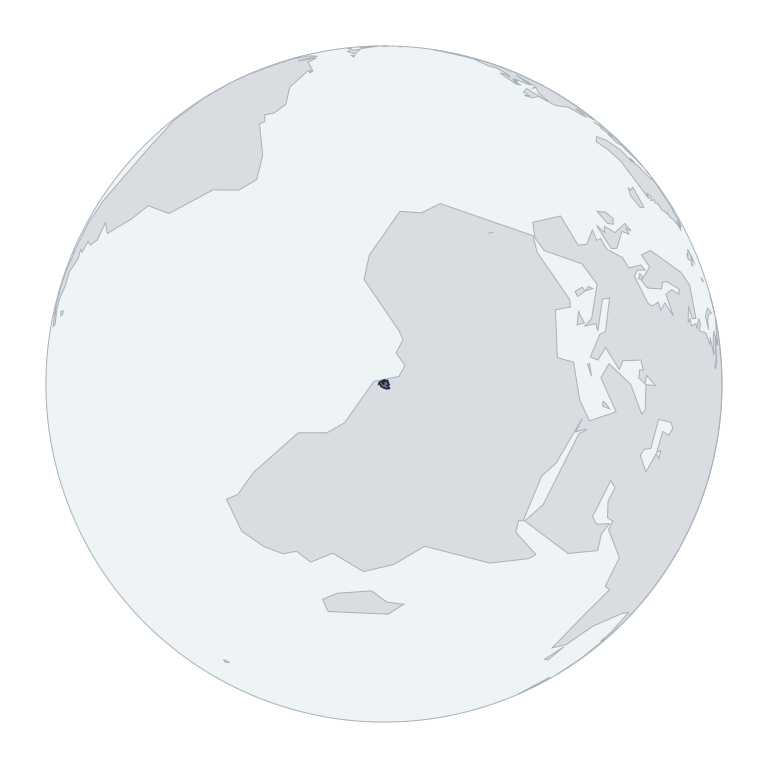 Estuaire on an orthographic globe, rotated 66°
{"feature_id": "GAB-2168", "entity_name": "Estuaire", "entity_type": "Province", "adm_level": 1, "iso_a3": "GAB", "parent_name": "Gabon", "parent_adm1": "", "projection": "orthographic", "projection_center": [9.925, 0.242], "detail": "fine", "context": "on_globe", "style": "filled", "palette": "slate", "viewbox_px": 768, "rotation_deg": 66, "n_neighbors": 0, "source": "natural_earth", "source_scale": "10m", "svg_char_len": 9092}
<svg xmlns="http://www.w3.org/2000/svg" viewBox="0 0 768 768"><g transform="rotate(66 384 384)"><circle cx="384" cy="384" r="338" fill="#eef3f6" stroke="#a8b0b8"/><path d="M174.4,118.9L172.3,120.6L178.6,115.7L188.6,108.3L198.0,102.2L209.0,95.0L214.5,91.8L227.1,84.8L228.6,84.5L223.2,88.4L212.8,94.6L210.2,96.9L222.8,90.6L206.1,103.0L199.8,113.5L195.1,117.5L181.0,124.5L174.0,124.5L155.6,137.7L170.9,128.3L158.9,140.2L158.3,142.3L161.0,141.7L166.9,137.2L163.5,141.6L147.1,151.5L149.9,147.5L155.1,144.1L151.7,144.7L140.6,153.3L135.4,159.7L124.1,169.2L120.2,174.2L115.6,179.7L122.5,170.7L109.9,187.6L98.4,203.4L114.6,180.0L132.8,158.0L152.8,137.6L174.4,118.9ZM50.7,328.3L50.8,327.6L50.4,333.3L53.7,319.2L57.5,311.4L53.9,330.9L58.8,313.1L58.9,322.4L68.6,321.6L66.9,326.0L74.5,349.4L88.6,359.9L91.8,374.5L89.5,383.4L95.7,386.1L95.9,392.0L125.8,401.9L145.5,417.2L147.8,437.8L137.1,461.3L140.8,511.1L125.2,526.9L130.4,546.8L134.0,575.4L123.3,573.0L135.8,587.4L137.6,595.8L133.3,596.2L140.7,606.1L137.8,606.3L145.5,612.9L153.2,625.5L165.3,635.9L174.0,645.8L182.0,651.7L180.9,651.5L182.8,653.7L187.1,656.9L178.0,651.3L161.5,637.8L154.5,631.0L152.7,629.8L136.4,611.9L139.0,615.5L116.4,588.2L102.0,565.3L70.7,498.5L65.1,485.0L57.9,469.6L49.5,431.9L46.7,403.7L46.4,399.7L46.3,397.3L46.1,383.7L47.3,361.4L49.8,335.2L50.2,331.5L49.6,335.7L50.7,328.3ZM72.8,252.4L68.7,267.0L66.4,269.3L67.7,266.2L69.9,259.6L70.9,256.9L72.8,252.4ZM82.0,232.9L82.4,231.7L82.7,231.5L82.0,232.9ZM225.4,85.6L226.2,85.2L223.5,86.7L225.4,85.6ZM235.4,80.5L234.4,81.0L234.2,81.1L235.4,80.5ZM284.4,61.2L284.1,61.2L289.1,59.7L284.4,61.2ZM300.3,56.6L296.1,57.7L300.3,56.6ZM197.3,663.0L180.8,653.4L188.2,657.8L183.0,652.7L195.4,660.0L197.3,663.0ZM186.5,650.0L186.6,647.3L189.6,649.0L190.2,651.3L186.5,650.0ZM713.4,308.8L717.5,329.8L718.2,334.0L719.7,345.4L718.7,338.2L715.1,317.0L706.9,285.7L707.1,290.8L703.5,278.5L692.2,253.4L690.4,260.5L690.2,291.9L696.2,323.7L693.4,337.7L675.0,291.5L663.7,261.6L658.9,264.2L638.3,239.6L608.3,238.1L602.4,230.7L597.1,234.2L582.3,227.0L572.6,215.2L564.4,216.1L590.0,247.4L598.6,246.8L603.3,234.7L609.1,246.1L623.1,256.6L613.6,284.9L566.3,311.2L558.9,287.6L508.6,226.2L508.6,219.5L508.3,218.7L507.5,217.4L505.7,228.3L496.1,216.9L526.0,258.6L532.2,277.3L565.7,312.7L563.2,316.4L573.1,323.9L601.6,314.6L602.4,322.7L590.6,360.3L548.7,412.8L552.8,448.3L547.1,478.9L517.7,499.6L516.9,523.3L501.2,531.9L498.0,545.4L483.5,559.9L460.6,573.8L425.1,574.8L425.5,562.6L411.7,539.2L393.7,482.3L405.4,455.9L403.3,435.7L377.4,392.0L383.2,367.3L375.6,357.3L360.3,360.3L351.2,348.5L341.7,348.6L280.4,359.7L260.3,345.0L232.8,299.3L242.8,280.2L242.1,259.2L309.1,187.6L326.1,190.5L382.1,180.1L389.5,182.2L386.0,197.3L430.5,214.9L441.2,201.9L478.4,211.8L501.2,211.2L503.8,183.3L466.5,183.3L457.0,170.3L484.5,158.8L516.6,160.8L514.0,156.0L491.1,144.9L495.9,136.7L482.9,140.7L490.1,145.5L482.1,148.7L475.0,144.6L477.0,141.5L466.6,139.5L459.9,156.4L466.5,163.1L440.7,166.7L449.2,178.7L443.2,184.5L426.5,166.7L426.1,160.2L397.2,143.0L395.3,149.9L422.4,167.1L415.1,165.9L412.7,177.1L408.7,167.7L379.6,148.7L354.7,154.3L327.3,183.3L311.8,186.7L296.8,182.3L302.3,154.4L336.3,150.2L338.7,141.8L328.1,131.1L339.3,131.3L339.2,126.9L351.7,125.6L365.5,114.7L377.7,113.1L379.6,101.0L386.1,99.0L383.1,106.4L387.5,111.4L417.2,110.0L421.9,107.3L420.8,100.0L429.1,101.3L424.2,94.5L439.5,91.9L416.7,89.9L414.7,83.0L421.9,78.0L417.2,75.8L405.3,84.2L404.3,88.2L410.0,91.8L403.5,104.3L394.1,106.8L385.3,93.7L370.9,96.3L370.3,86.4L402.8,67.3L418.1,64.6L451.0,72.4L449.5,75.8L436.9,74.3L451.8,81.2L449.0,77.9L456.0,79.5L455.8,74.6L460.7,75.6L452.2,69.9L458.2,70.6L463.5,74.2L468.3,69.2L479.8,70.4L478.6,69.0L474.0,67.1L491.6,70.8L489.9,69.6L483.5,67.8L475.9,64.7L469.4,61.0L475.8,62.4L479.1,63.9L495.5,70.0L503.1,74.8L505.1,75.2L500.0,71.4L479.9,63.8L474.2,61.3L484.1,64.4L480.0,63.0L479.2,62.3L484.4,63.2L473.7,59.9L457.9,54.2L480.9,60.3L503.4,67.9L525.3,77.0L546.6,87.7L567.0,99.9L586.5,113.5L605.0,128.4L622.5,144.6L638.7,161.9L653.7,180.4L667.3,199.9L679.6,220.2L690.4,241.4L699.6,263.3L707.3,285.8L713.4,308.8ZM289.6,222.2L288.6,228.3L289.6,222.2ZM553.5,178.8L571.0,180.5L558.2,163.6L563.9,163.3L557.5,158.1L557.2,162.5L540.8,148.8L546.6,144.7L542.0,138.2L535.9,137.4L528.0,147.5L551.4,166.5L549.5,173.1L553.5,178.8ZM69.0,321.4L69.7,325.1L67.8,325.2L69.0,321.4ZM63.6,277.1L63.9,277.4L63.1,280.3L62.5,281.3L63.6,277.1ZM71.8,277.0L73.2,278.6L70.6,280.2L71.8,277.0ZM68.6,269.1L70.5,276.4L65.6,282.0L64.8,277.8L66.8,276.0L68.6,269.1ZM76.8,243.5L76.4,244.8L74.9,248.2L76.8,243.5ZM82.3,232.8L82.0,233.1L83.3,230.4L82.3,232.8ZM159.9,139.6L161.1,139.0L162.6,139.4L159.6,141.3L159.9,139.6ZM183.3,131.3L177.3,138.7L179.5,134.3L174.1,137.7L172.0,133.6L192.7,119.4L183.7,126.2L183.3,131.3ZM174.9,125.6L173.9,128.9L174.2,125.9L174.9,125.6ZM325.9,107.5L331.3,109.5L328.3,114.4L312.9,119.2L317.1,111.8L325.9,107.5ZM339.7,111.5L335.3,98.7L344.6,96.2L340.1,99.6L346.8,99.2L341.3,104.7L354.7,115.9L352.9,121.2L325.4,125.4L335.4,120.7L329.5,118.6L339.7,111.5ZM307.3,79.8L305.5,76.7L328.2,74.7L327.2,78.0L311.9,82.2L303.9,80.9L307.3,79.8ZM254.8,72.0L252.7,72.7L255.3,71.6L259.3,70.1L254.8,72.0ZM280.4,62.3L279.9,62.5L283.9,61.3L267.1,68.3L263.7,69.2L257.9,73.4L246.8,77.9L251.0,74.8L238.1,82.0L237.4,81.1L229.7,86.0L240.1,78.6L239.0,78.8L244.4,76.7L254.6,72.4L258.7,70.6L269.4,66.1L269.8,66.0L280.4,62.3ZM362.1,49.0L353.4,49.4L364.7,50.2L355.2,51.2L357.1,51.3L351.4,52.8L347.8,55.0L343.0,55.5L343.7,56.3L339.9,57.7L339.2,59.0L330.4,60.7L328.9,62.7L325.6,62.4L325.2,65.5L321.6,64.0L316.3,66.4L322.7,66.6L276.9,77.0L260.6,84.2L248.9,91.5L244.2,89.2L252.0,81.6L266.4,72.8L282.8,66.8L277.6,67.5L284.0,65.0L285.4,65.6L287.0,63.4L292.6,61.8L305.4,57.0L304.3,56.1L308.9,54.8L312.1,54.3L314.5,53.4L323.8,51.9L327.3,51.1L339.9,49.4L344.1,49.8L347.8,49.0L357.5,48.3L362.1,49.0ZM341.3,48.8L344.5,48.5L342.8,48.9L321.5,51.9L317.0,52.9L303.3,55.9L341.3,48.8ZM396.3,176.5L401.7,176.9L409.9,176.0L408.5,183.6L396.3,176.5ZM376.1,163.6L380.8,162.4L382.8,171.6L377.2,171.7L376.1,163.6ZM381.7,154.5L380.9,161.7L378.0,157.8L381.7,154.5ZM387.2,105.4L392.0,104.3L393.2,106.0L391.4,108.7L387.2,105.4ZM393.7,55.3L388.9,54.6L389.9,54.1L384.6,51.8L391.2,51.4L397.0,52.6L393.7,55.3ZM498.5,188.0L493.0,193.3L489.0,190.8L491.7,189.4L498.5,188.0ZM449.3,187.9L461.4,191.3L448.8,190.0L449.3,187.9ZM400.0,54.5L397.0,53.4L402.2,53.9L400.0,54.5ZM395.8,51.1L401.5,51.4L391.4,51.1L395.8,51.1ZM575.5,638.1L573.9,642.2L570.7,642.5L575.5,638.1ZM596.0,473.8L569.1,527.5L555.8,527.8L556.1,512.0L567.9,479.5L584.3,470.2L593.2,455.6L596.0,473.8ZM721.9,388.7L719.3,351.8L720.2,353.2L721.4,364.7L721.9,388.7ZM697.3,326.8L702.8,346.3L700.7,349.3L697.3,326.8ZM452.4,56.0L452.5,58.9L457.0,62.3L466.4,65.4L453.2,62.9L446.3,57.7L452.4,56.0ZM454.0,53.4L454.7,53.6L449.1,52.4L454.0,53.4ZM449.8,52.6L440.0,50.9L435.3,50.0L444.0,51.4L449.8,52.6ZM420.3,50.7L419.8,51.4L415.6,50.8L420.3,50.7Z" fill="#d9dde1" stroke="#a8b0b8" stroke-width="1"/><path d="M384.6,379.5L385.3,379.5L386.9,379.5L386.9,380.4L386.8,380.6L386.7,380.8L386.6,381.0L386.7,381.3L386.8,381.6L387.0,381.6L390.0,380.6L390.2,380.8L390.2,381.0L390.2,381.4L390.1,381.6L390.1,381.8L389.9,381.9L389.8,382.2L389.8,382.3L389.7,382.4L389.7,382.5L389.5,383.1L389.5,383.3L389.4,383.3L389.3,383.5L389.4,383.8L389.3,384.0L389.2,384.0L388.9,384.1L388.7,384.1L388.4,384.2L388.4,384.3L388.2,384.5L388.2,384.9L388.2,385.0L387.9,385.2L387.8,385.3L387.7,385.3L387.7,385.5L387.6,385.8L386.8,386.4L386.7,386.5L386.2,386.8L385.9,387.1L385.1,387.6L384.6,387.9L384.4,387.9L384.4,387.7L384.3,387.4L384.2,387.3L383.9,387.2L383.8,387.3L383.7,387.3L383.5,387.5L383.3,387.6L383.2,387.6L382.9,387.5L382.7,387.6L382.2,387.7L382.0,387.8L381.9,387.9L381.9,388.7L381.9,388.8L381.6,388.5L381.4,388.4L381.2,388.3L381.0,388.2L380.9,388.1L380.6,387.7L380.4,387.1L380.3,386.6L380.5,386.2L380.6,385.9L380.5,385.6L380.6,385.4L380.6,385.2L380.4,383.9L380.3,383.7L380.6,383.3L380.8,383.5L380.7,384.0L380.6,384.3L380.8,384.3L380.8,384.2L381.0,384.2L381.1,384.3L381.3,384.4L381.3,384.6L381.3,384.8L381.5,384.8L381.4,384.5L381.5,384.4L381.8,384.4L381.9,384.5L382.0,384.7L382.0,384.8L382.0,384.7L382.3,384.5L382.5,384.7L383.0,384.8L383.1,385.1L383.3,385.3L383.1,384.9L383.0,384.7L383.3,384.6L383.6,384.5L383.8,384.3L384.0,384.3L384.3,384.4L384.6,384.3L384.3,384.3L384.2,384.2L383.9,384.3L383.7,384.3L383.3,384.3L383.2,384.4L382.9,384.3L382.9,384.2L382.7,384.1L382.2,383.9L381.9,383.7L381.7,383.6L381.4,383.6L381.4,383.4L381.0,382.7L380.9,382.5L380.7,382.4L380.4,382.3L380.3,382.2L380.4,381.8L380.4,381.7L380.5,381.7L380.9,381.6L381.0,381.6L381.3,381.5L381.5,381.4L381.8,381.5L381.8,381.8L381.7,381.8L381.4,381.8L381.6,381.9L381.8,382.1L381.9,381.9L382.0,382.0L382.0,382.3L381.9,382.4L382.0,382.6L382.1,382.4L382.2,382.2L382.3,382.0L382.3,381.9L382.2,381.8L382.2,381.7L382.2,381.4L382.2,380.7L382.0,380.1L381.9,379.9L381.9,379.7L382.0,379.5L382.0,379.4L382.3,379.4L382.4,379.2L382.5,379.2L382.9,379.2L383.0,379.2L383.1,379.3L383.2,379.6L383.3,379.6L383.5,379.6L383.8,379.8L384.0,380.0L384.2,379.9L384.3,379.9L384.3,379.6L384.6,379.5Z" fill="#64748b" stroke="#1e293b" stroke-width="1.5"/></g></svg>